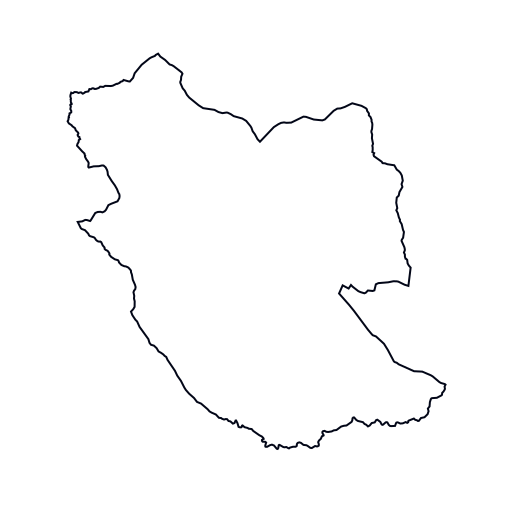 Macanal, Boyacá, Colombia, rotated 97°
{"feature_id": "7082276B95267343444415", "entity_name": "Macanal", "entity_type": "district", "adm_level": 2, "iso_a3": "COL", "parent_name": "Colombia", "parent_adm1": "Boyacá", "projection": "mercator", "projection_center": [-73.296, 4.981], "detail": "fine", "context": "isolated", "style": "outline", "palette": "ink", "viewbox_px": 512, "rotation_deg": 97, "n_neighbors": 0, "source": "geoboundaries", "source_scale": "gbopen_adm2", "svg_char_len": 6089}
<svg xmlns="http://www.w3.org/2000/svg" viewBox="0 0 512 512"><g transform="rotate(97 256 256)"><path d="M243.9,437.1L249.7,433.3L250.4,432.3L251.2,428.9L254.3,425.2L255.9,424.2L256.5,423.2L257.2,419.2L257.8,418.2L259.5,416.8L260.6,415.1L260.9,413.5L260.6,412.4L261.1,411.3L264.2,409.4L266.0,407.4L267.4,407.1L268.2,406.1L268.8,404.3L269.4,403.4L271.3,401.8L272.5,401.8L274.5,399.7L276.5,395.7L277.0,392.5L278.0,391.6L279.1,391.2L281.3,388.5L282.2,385.5L282.2,383.9L282.7,382.2L283.1,381.2L285.0,379.0L285.9,378.3L287.3,378.1L289.4,377.0L294.6,375.4L299.3,372.6L301.5,371.7L303.6,371.8L305.2,372.8L306.9,373.2L310.4,372.0L313.1,371.9L315.7,370.9L321.3,370.3L323.8,371.4L326.4,373.3L329.8,371.5L333.9,368.0L335.5,366.0L340.6,362.9L351.6,352.7L355.2,351.1L356.9,349.4L357.4,346.4L359.6,343.4L362.6,341.1L363.7,338.4L365.0,336.0L366.3,334.5L367.1,332.8L369.8,331.2L379.9,322.4L384.3,319.6L389.2,315.2L395.3,311.1L397.5,309.3L400.8,305.6L404.5,300.2L408.0,296.8L409.2,292.5L414.0,285.3L415.9,283.2L416.9,280.9L418.2,276.5L421.1,273.1L421.1,270.8L421.7,269.9L422.2,267.8L421.5,266.1L421.5,264.8L423.1,263.2L423.3,261.2L425.2,258.5L424.4,257.0L421.8,256.2L421.7,255.7L424.2,254.0L427.7,252.5L428.0,251.3L427.9,249.9L427.5,249.4L426.1,249.2L425.8,248.7L427.3,246.5L427.7,243.3L428.3,242.3L428.3,239.2L430.0,237.4L433.5,230.8L434.4,228.3L435.7,226.6L436.6,226.1L437.7,227.6L438.7,227.6L439.5,226.8L439.3,224.2L439.9,223.2L443.0,223.7L444.0,223.5L444.2,223.1L444.0,221.7L442.1,219.1L441.3,217.2L441.9,215.0L444.8,211.9L444.9,211.0L443.9,210.5L441.1,210.4L440.7,210.1L440.6,209.6L442.3,205.6L442.4,204.5L441.9,202.6L442.9,200.3L442.9,199.7L442.0,198.9L440.8,196.0L440.5,193.4L439.5,192.4L437.7,192.5L437.0,192.2L436.4,191.8L435.7,190.3L436.0,188.6L437.7,185.9L437.7,182.9L438.1,181.8L439.8,178.7L439.8,177.2L437.4,174.2L437.6,172.3L437.4,171.6L436.6,170.6L435.2,170.7L433.2,171.6L432.4,171.4L431.2,170.8L429.6,169.4L426.9,168.6L426.0,167.1L425.6,167.0L423.8,168.4L422.7,168.7L421.7,168.1L421.2,166.6L421.9,164.9L421.9,163.0L420.9,159.5L419.6,157.6L418.9,154.9L414.9,150.7L413.8,148.1L413.2,145.5L409.0,140.9L407.4,140.4L405.3,140.4L404.4,139.7L404.3,138.9L406.5,136.5L407.3,134.8L407.9,129.6L409.5,127.8L410.0,126.1L411.5,124.1L410.4,122.5L407.7,120.8L406.7,117.9L404.2,116.7L403.7,115.6L405.5,112.4L407.7,110.9L408.2,110.1L407.9,109.3L405.3,107.0L405.0,105.9L405.2,105.3L407.4,103.7L408.3,102.4L408.4,101.3L407.7,97.3L405.1,96.7L404.3,96.4L403.9,95.6L403.9,94.9L404.7,92.3L404.2,89.9L402.6,87.2L403.2,85.6L402.5,84.7L401.4,84.8L400.8,84.4L398.1,79.5L399.2,78.0L399.4,76.3L400.0,75.2L399.8,74.3L396.7,72.5L395.5,69.1L392.1,66.4L389.0,65.8L386.5,66.8L384.2,65.4L379.8,65.6L376.7,65.0L375.9,64.5L375.6,63.8L374.7,59.2L371.7,54.9L371.1,54.5L369.1,54.5L367.7,53.4L365.5,52.4L364.8,52.3L362.6,52.9L360.6,52.2L360.1,53.0L359.5,56.9L358.8,58.6L354.0,65.9L353.1,67.9L350.5,76.9L351.1,85.1L346.1,101.2L344.8,103.3L344.4,105.3L343.8,106.3L333.2,113.7L327.5,118.3L321.2,127.1L320.4,130.5L319.4,131.7L315.6,135.8L298.4,152.2L293.2,157.6L283.1,169.0L274.6,166.4L277.0,160.1L273.2,158.2L274.6,156.5L278.4,150.2L279.1,147.9L279.8,143.9L279.1,142.6L276.6,140.7L276.5,135.9L275.7,134.3L269.5,133.6L268.0,131.2L266.0,121.6L264.3,116.5L264.0,113.1L264.1,111.6L266.4,105.0L267.1,101.1L248.7,101.1L246.8,103.2L244.9,104.6L241.4,105.5L240.6,106.5L240.5,107.2L238.6,108.1L236.4,108.4L234.5,109.6L232.4,109.0L231.2,109.1L229.2,109.8L223.2,113.4L222.2,113.3L219.9,112.2L214.1,112.1L212.1,113.3L206.6,115.3L203.8,117.5L202.5,117.5L200.3,118.9L196.2,120.5L193.5,122.3L191.3,121.6L186.1,123.3L180.8,123.4L178.7,121.7L175.0,121.4L169.6,119.1L166.9,120.3L163.4,119.5L158.3,121.1L155.8,122.9L154.3,124.7L153.1,126.8L149.1,129.8L148.9,136.8L148.3,139.2L148.4,141.7L147.1,142.7L142.6,151.0L141.2,151.7L139.5,151.2L138.7,153.2L136.5,153.1L133.6,153.5L132.5,154.0L130.4,153.5L125.0,155.3L121.3,155.5L118.9,156.6L117.9,156.7L115.8,156.3L111.4,156.5L109.8,156.9L108.4,157.7L106.7,157.9L104.1,159.3L102.7,161.1L100.7,161.3L98.4,163.4L96.8,163.9L95.9,165.0L94.1,169.6L92.7,179.1L97.2,186.0L99.2,190.1L99.8,193.3L102.4,196.6L112.1,204.3L113.3,206.7L113.5,215.3L111.8,223.4L111.9,225.9L119.3,237.3L120.1,242.0L120.0,244.5L120.8,247.3L122.4,249.8L125.9,254.0L142.1,266.0L139.9,268.7L135.2,272.0L132.6,274.5L129.2,276.2L127.7,277.4L123.1,282.2L121.2,286.4L119.9,295.2L118.3,298.3L117.2,301.6L117.2,302.8L118.3,306.7L117.7,310.8L116.0,315.0L115.7,326.5L113.4,331.3L106.9,341.6L104.5,344.2L100.6,346.9L98.5,349.2L93.4,352.2L92.5,352.4L90.3,351.9L87.2,352.1L84.1,351.2L82.8,352.2L77.6,360.9L76.8,362.8L76.4,365.1L72.5,370.1L69.7,375.3L67.1,377.8L68.7,380.1L69.7,380.7L71.6,384.1L72.8,385.7L80.1,392.8L89.4,398.7L94.2,399.7L98.2,402.5L98.2,403.9L97.4,408.9L98.7,409.7L99.7,411.8L100.7,412.4L102.1,414.7L102.1,415.4L104.4,418.9L105.0,420.8L105.5,426.4L106.8,428.2L106.9,431.3L108.4,432.6L109.7,435.3L109.9,436.8L109.4,437.5L109.5,438.9L110.6,440.3L110.6,441.7L113.1,442.4L114.1,445.6L114.7,445.9L115.9,447.5L116.0,447.9L115.0,449.3L115.0,450.2L115.8,452.1L115.2,453.8L115.4,456.2L116.5,457.3L116.8,458.3L116.4,459.3L119.0,459.8L120.4,459.7L122.5,458.8L123.3,459.1L123.8,458.8L125.5,458.6L126.6,458.2L127.0,457.6L127.8,457.5L128.4,458.7L128.8,458.8L130.2,458.0L132.8,458.2L134.6,457.0L136.0,456.9L137.2,458.5L138.3,458.3L140.4,458.9L141.3,458.5L141.7,458.9L143.6,458.8L145.2,459.4L147.2,457.9L148.7,454.9L149.6,454.1L151.2,451.2L153.2,450.2L155.2,447.6L156.1,447.2L157.5,447.8L158.3,447.5L159.2,446.7L159.4,445.8L160.5,445.5L161.4,444.8L162.5,446.0L164.6,446.0L166.6,446.9L168.3,447.1L173.3,441.3L175.2,438.7L176.4,438.4L177.3,437.7L178.0,437.9L178.7,437.6L180.6,436.3L182.8,434.2L184.1,433.4L187.3,433.4L188.1,433.3L188.6,432.7L186.8,428.0L186.0,422.9L184.9,419.9L184.8,418.3L186.3,416.1L188.7,414.4L190.5,413.6L193.5,412.9L199.1,408.4L203.1,404.7L206.6,402.1L210.1,400.2L211.3,399.2L213.1,398.7L215.1,398.7L218.6,400.1L221.8,406.1L223.5,408.7L228.4,410.5L230.1,411.7L231.4,413.7L231.1,415.8L231.6,418.5L232.9,420.8L241.0,424.5L241.5,424.9L240.9,428.3L241.0,429.9L242.8,432.7L243.9,437.1Z" fill="none" stroke="#020617" stroke-width="2"/></g></svg>